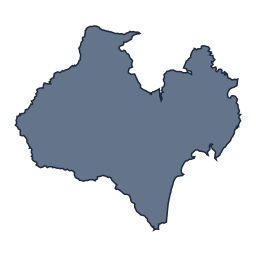 São Lourenço do Sul, Rio Grande do Sul, Brazil
{"feature_id": "56859067B86962262775213", "entity_name": "São Lourenço do Sul", "entity_type": "district", "adm_level": 2, "iso_a3": "BRA", "parent_name": "Brazil", "parent_adm1": "Rio Grande do Sul", "projection": "orthographic", "projection_center": [-52.096, -31.253], "detail": "fine", "context": "isolated", "style": "filled", "palette": "slate", "viewbox_px": 256, "rotation_deg": 0, "n_neighbors": 0, "source": "geoboundaries", "source_scale": "gbopen_adm2", "svg_char_len": 5627}
<svg xmlns="http://www.w3.org/2000/svg" viewBox="0 0 256 256"><path d="M237.8,79.0L236.0,79.7L234.6,79.2L233.0,79.9L231.7,79.8L230.2,78.5L228.1,78.0L227.1,73.8L226.2,73.3L225.6,74.9L224.5,74.9L225.5,72.4L224.5,71.7L222.8,73.3L221.5,72.9L222.0,70.9L221.7,69.8L220.7,69.2L218.6,69.5L217.5,71.6L216.1,71.5L215.8,70.4L216.3,68.7L215.7,67.0L212.5,68.0L211.0,66.4L212.2,65.3L213.1,64.2L211.5,62.7L211.7,61.4L213.1,61.9L214.8,59.5L213.1,57.8L212.9,55.5L211.3,55.4L209.7,55.0L210.0,53.8L211.6,53.3L211.3,52.0L209.8,51.9L208.1,51.0L209.3,49.9L209.7,48.8L209.0,47.8L208.1,46.8L206.8,46.5L204.3,45.9L202.8,45.8L201.4,46.4L201.4,48.2L200.1,48.9L198.0,48.8L196.3,49.9L195.5,48.9L194.2,48.4L193.9,49.7L192.9,50.4L191.5,53.0L190.8,55.3L190.7,57.3L188.6,58.8L187.6,60.3L186.3,61.0L185.6,63.2L183.6,68.0L186.5,68.9L187.2,71.0L189.7,70.8L191.4,71.6L191.5,74.4L189.5,73.2L187.7,72.5L185.8,72.7L182.9,72.7L181.0,71.6L176.1,71.5L173.5,70.1L170.5,70.2L169.7,70.9L167.6,71.2L166.7,71.6L165.8,73.1L164.0,74.4L164.5,77.4L163.4,79.3L163.9,81.4L164.6,82.3L164.6,84.5L163.8,86.5L162.1,87.7L162.3,89.1L161.5,90.4L163.2,92.2L161.2,93.0L161.0,94.8L161.3,96.4L162.1,98.4L161.1,100.7L159.8,96.0L159.3,88.9L156.9,90.3L154.5,91.5L153.4,91.7L151.2,93.0L151.2,94.3L150.1,94.0L149.9,92.7L147.9,92.1L145.9,90.7L143.4,89.7L140.4,87.6L140.6,85.4L139.5,83.4L138.4,82.3L134.6,74.0L131.0,74.4L129.5,73.3L128.5,73.0L128.3,71.3L129.2,68.4L132.5,67.0L131.6,64.9L131.8,63.2L132.5,61.0L131.8,59.6L130.3,58.5L128.6,54.3L126.6,53.3L125.1,50.8L123.8,50.3L122.7,51.1L121.5,51.3L119.9,49.6L118.8,47.8L120.3,45.9L122.6,45.3L123.5,44.7L123.8,42.2L126.1,42.1L128.3,40.9L131.5,39.0L132.3,36.3L133.8,35.0L137.4,33.9L139.0,33.8L140.0,33.4L139.0,32.6L137.5,32.1L135.6,32.3L133.4,31.5L131.7,32.0L130.0,31.4L128.8,32.4L126.3,33.2L125.2,34.2L123.7,34.5L121.6,33.6L119.5,34.0L117.6,33.3L116.4,33.5L114.6,33.4L113.4,32.7L112.3,32.4L111.0,31.9L109.4,31.9L108.5,31.2L107.3,31.3L104.7,30.4L102.2,30.0L101.1,29.2L100.0,28.6L99.1,27.3L97.0,26.3L94.1,25.9L92.8,26.5L89.9,26.5L88.2,27.2L86.4,28.5L86.2,29.8L85.2,30.7L85.3,32.2L85.0,33.5L84.6,36.8L82.7,37.4L82.4,39.0L83.0,40.2L81.3,42.2L80.5,45.6L80.0,46.7L78.8,48.3L79.5,49.6L79.6,51.9L80.5,54.4L80.6,56.6L80.1,58.0L80.3,59.7L79.0,60.7L78.1,63.5L75.5,65.9L74.5,65.2L73.4,66.5L72.4,65.6L71.2,66.5L69.7,68.0L68.8,68.9L64.8,70.3L63.9,70.9L62.0,70.9L60.3,72.6L57.8,71.9L55.7,72.7L54.2,73.7L53.7,77.5L51.2,78.8L50.3,79.7L50.6,81.2L49.2,82.0L50.3,82.7L50.7,83.8L47.4,83.9L46.5,83.5L45.6,83.3L44.1,83.1L43.5,85.1L43.2,87.3L42.8,88.3L41.8,87.9L39.7,88.2L38.0,88.8L36.7,90.0L37.7,92.1L35.8,93.8L36.6,94.7L36.5,95.8L34.5,97.3L34.8,98.5L33.5,100.1L31.4,101.1L32.4,102.8L32.4,104.3L30.7,104.2L30.5,105.3L28.9,107.6L28.0,109.1L25.4,109.9L25.0,112.4L23.6,113.4L21.0,113.7L20.5,114.9L19.8,114.0L18.9,116.0L17.0,116.4L17.0,118.0L16.1,120.5L16.6,121.8L16.5,123.7L15.4,125.1L17.9,127.4L18.2,128.7L19.5,129.5L20.3,130.1L20.3,131.4L20.2,133.5L20.4,135.2L22.3,135.8L23.8,135.5L25.1,137.0L25.9,137.7L26.8,139.5L27.0,141.4L27.2,142.9L28.1,143.6L28.7,145.1L29.2,146.1L30.1,146.9L29.4,148.1L31.1,148.4L32.0,149.9L31.4,150.9L31.4,152.6L32.1,153.8L32.3,155.3L31.4,156.4L32.6,157.3L32.1,158.9L32.9,160.3L34.0,161.1L35.0,161.6L36.6,162.3L37.0,163.9L36.1,164.9L40.4,167.6L42.7,167.1L44.2,166.0L45.8,166.0L47.2,167.6L49.1,166.7L52.0,166.7L52.9,167.7L53.9,167.2L55.3,167.6L57.0,168.2L58.9,168.2L59.9,168.7L62.5,168.4L63.6,169.1L64.6,169.9L66.3,169.7L67.4,169.2L69.6,170.8L71.5,170.3L74.6,172.3L74.3,174.8L75.6,177.6L78.6,179.1L79.6,180.3L81.4,180.4L83.5,181.2L85.2,180.6L87.8,180.4L89.3,179.8L92.6,179.6L95.1,180.8L95.6,179.8L97.5,178.8L97.4,176.8L100.2,176.4L102.7,175.4L105.7,176.1L108.3,177.5L109.7,177.2L110.6,177.5L112.2,180.5L115.5,183.6L117.0,185.0L115.9,186.1L115.2,188.4L116.2,189.4L117.3,189.1L118.4,189.4L120.5,190.8L124.3,194.1L125.4,194.4L126.6,194.1L129.5,195.6L130.2,197.5L130.9,199.6L130.9,200.9L132.3,202.6L133.8,203.1L134.7,203.6L134.7,205.5L134.8,207.4L135.6,208.9L136.6,211.2L139.1,213.3L141.0,215.0L142.9,215.2L144.9,216.1L146.2,217.9L147.4,218.7L147.4,220.4L148.0,221.5L149.0,222.4L150.3,223.8L150.7,225.0L151.8,226.2L152.4,227.2L153.5,226.6L153.3,227.7L154.4,228.6L153.8,230.1L155.9,229.0L158.6,229.3L158.3,227.5L158.7,226.1L158.5,224.2L159.9,224.0L162.2,222.7L164.0,223.1L166.4,222.2L166.6,219.2L168.1,203.9L169.1,198.9L170.3,193.5L170.8,192.3L171.3,189.0L172.1,187.1L173.5,181.8L175.0,178.6L175.6,177.7L177.1,176.4L178.9,176.0L180.1,175.8L182.0,175.7L183.6,174.4L182.1,173.4L181.4,172.3L181.2,171.1L181.2,169.8L181.7,167.9L182.1,166.6L182.9,165.3L184.4,162.5L185.9,160.9L187.3,160.8L189.1,159.4L191.1,159.3L194.3,158.1L194.8,156.6L192.6,157.0L191.7,156.5L191.6,153.6L193.7,151.7L195.4,150.1L197.5,149.8L199.7,151.3L200.9,151.1L204.3,152.0L206.5,153.6L206.8,154.6L208.2,155.3L207.3,152.0L209.8,149.5L209.9,147.9L209.4,146.8L209.5,145.5L211.1,143.8L212.4,144.4L211.4,145.0L210.7,145.9L211.5,147.2L212.5,149.0L214.6,150.7L215.6,152.4L215.2,154.2L215.0,156.3L214.6,158.0L216.2,159.6L215.7,157.7L217.8,156.6L219.9,154.9L220.4,153.4L221.3,152.1L223.4,148.2L225.5,146.8L226.7,144.5L228.4,143.0L230.5,140.5L231.5,137.7L232.6,136.5L234.3,133.3L234.5,130.9L234.9,129.5L236.6,128.5L237.6,127.3L236.4,127.1L237.6,125.8L238.6,126.4L238.5,124.9L239.7,121.8L240.6,120.8L239.7,118.8L238.8,117.9L239.2,116.2L240.6,114.5L238.7,114.0L238.0,113.1L239.2,112.0L239.4,110.7L238.3,108.5L237.9,104.6L236.2,102.9L237.5,99.6L236.0,97.2L234.9,96.2L233.5,95.8L232.2,95.7L231.1,96.3L230.8,97.5L230.0,98.1L228.4,97.7L227.5,95.3L227.7,92.6L229.1,90.1L230.1,89.0L231.4,88.0L233.9,87.3L237.0,85.5L237.1,84.4L237.5,80.4L237.8,79.0Z" fill="#64748b" stroke="#1e293b" stroke-width="1.5"/></svg>